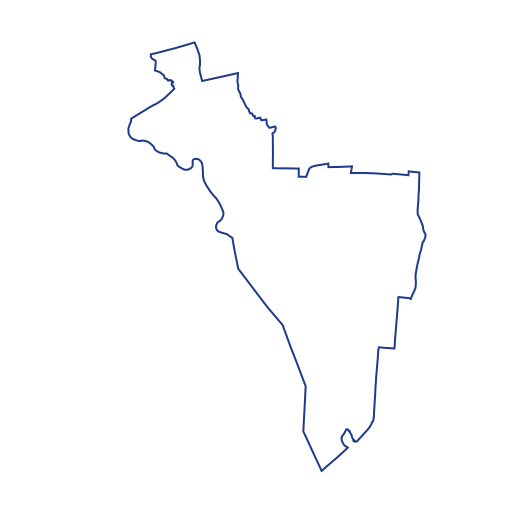 the district of Itesti, Bacau, Romania, rotated 18°
{"feature_id": "2599482B64151983327745", "entity_name": "Itesti", "entity_type": "district", "adm_level": 2, "iso_a3": "ROU", "parent_name": "Romania", "parent_adm1": "Bacau", "projection": "albers", "projection_center": [26.861, 46.655], "detail": "fine", "context": "isolated", "style": "outline", "palette": "blue", "viewbox_px": 512, "rotation_deg": 18, "n_neighbors": 0, "source": "geoboundaries", "source_scale": "gbopen_adm2", "svg_char_len": 5538}
<svg xmlns="http://www.w3.org/2000/svg" viewBox="0 0 512 512"><g transform="rotate(18 256 256)"><path d="M384.8,440.1L385.3,439.3L386.9,436.6L388.9,433.2L389.2,432.8L392.3,427.6L395.1,423.1L396.7,420.4L397.6,418.7L398.6,417.1L400.0,414.5L401.0,412.7L401.5,411.7L402.5,409.9L401.2,409.4L399.9,409.3L398.8,408.9L397.5,408.0L395.3,405.9L394.3,404.4L393.5,402.4L393.6,400.5L394.4,398.6L395.0,396.1L395.5,392.8L397.4,392.7L398.0,393.5L398.5,393.8L398.9,393.6L399.2,393.6L399.3,394.2L400.3,395.2L401.7,396.2L402.5,397.2L403.0,398.1L403.9,399.3L404.8,400.1L405.7,400.7L406.3,401.0L405.9,401.8L406.6,402.1L407.1,401.2L408.1,401.7L409.3,401.2L409.9,399.8L410.4,398.7L411.2,396.9L412.8,393.4L413.7,391.4L414.6,389.4L415.6,387.2L416.4,385.2L416.9,383.7L417.5,381.2L417.8,378.2L418.3,377.0L418.2,375.4L418.0,373.7L417.5,371.4L416.5,368.0L415.3,363.2L413.6,356.6L412.0,350.3L409.9,342.8L409.0,338.9L408.0,335.3L406.5,328.8L404.8,321.6L403.4,315.5L402.0,310.2L401.4,307.5L401.1,304.9L403.5,304.3L406.3,303.7L408.6,303.1L410.9,302.5L416.3,301.2L415.6,298.4L415.0,295.9L414.6,294.6L413.8,291.4L413.1,288.4L412.1,284.2L410.3,276.7L408.9,270.7L407.5,264.8L406.3,259.8L405.4,256.1L404.5,252.6L404.2,251.0L406.6,250.5L410.3,249.7L413.6,249.0L414.7,248.8L415.2,248.8L416.5,249.0L416.5,247.4L416.7,245.5L416.8,244.0L417.1,242.0L417.3,239.9L417.5,238.1L417.5,237.0L417.2,235.6L416.9,234.2L416.2,231.7L415.6,230.0L414.8,228.2L414.1,226.4L413.7,224.6L413.4,223.4L412.9,220.3L412.7,218.8L412.3,215.9L412.0,212.5L411.8,209.6L411.6,207.0L411.2,204.7L411.1,202.7L411.1,199.0L410.7,195.7L410.4,192.0L410.2,191.4L410.4,190.8L410.9,190.3L411.0,189.0L411.2,186.5L411.3,185.9L410.8,184.3L410.6,183.3L410.4,182.7L409.0,181.7L407.6,180.1L406.7,178.7L406.3,177.9L406.1,177.4L405.8,176.9L405.6,176.2L404.9,175.3L404.3,174.7L403.9,174.0L403.4,173.4L399.2,168.6L397.1,166.7L396.2,164.5L395.4,162.0L394.7,159.0L393.8,155.4L393.4,153.6L392.8,151.1L392.2,149.5L391.7,147.6L391.4,146.3L391.1,145.0L390.3,141.8L388.8,137.0L387.9,133.8L387.5,132.5L386.9,130.8L385.6,126.1L375.1,128.3L376.0,132.1L370.7,133.2L360.6,135.5L359.2,136.8L351.7,138.6L344.9,140.3L338.9,142.0L335.2,143.0L331.6,144.1L325.6,146.1L320.6,147.8L319.6,141.1L317.0,142.1L306.2,146.1L302.9,147.2L297.4,149.1L296.2,145.7L295.0,146.4L290.2,148.9L285.1,151.5L281.3,154.0L280.0,155.9L279.6,157.1L279.3,164.2L279.3,165.2L273.9,166.8L272.1,167.4L269.7,159.6L267.5,160.3L262.1,161.9L249.5,165.9L245.5,167.1L244.9,167.3L242.0,158.3L240.8,154.3L236.5,141.5L234.9,136.6L233.9,134.8L233.8,134.1L235.3,132.5L235.5,130.9L235.3,129.6L235.4,128.2L234.0,126.9L232.5,128.0L230.7,129.0L229.8,129.7L229.0,129.9L228.7,129.9L227.7,129.1L225.9,127.6L225.4,126.9L223.6,123.0L220.9,124.5L219.1,125.3L217.2,123.1L214.8,124.6L213.9,125.1L212.8,125.4L212.0,124.6L211.7,123.4L210.3,123.8L209.0,122.5L208.4,121.8L208.1,121.6L207.6,121.7L207.1,122.0L206.3,122.1L205.4,121.2L204.8,120.5L204.5,120.1L204.1,119.2L203.7,118.9L203.4,118.6L202.4,118.2L201.3,117.6L200.2,116.8L199.1,115.5L197.4,113.8L196.2,112.5L194.7,111.1L193.2,109.8L192.6,109.5L192.3,109.1L191.6,107.5L191.3,107.1L190.9,106.4L190.2,105.7L189.1,104.6L188.4,103.8L187.9,103.4L187.5,103.0L187.2,102.6L186.9,101.2L186.3,98.9L185.3,97.5L184.9,96.7L184.5,95.9L184.1,94.7L183.7,92.9L183.3,91.1L182.9,89.7L182.3,87.6L164.7,98.0L150.7,106.2L149.8,104.8L148.3,102.4L146.9,100.3L145.5,98.1L145.1,96.9L144.7,96.0L144.0,94.5L143.9,93.2L143.7,91.9L143.2,90.0L142.8,88.9L142.4,87.7L141.5,85.4L140.4,83.0L139.8,81.9L138.5,80.3L137.1,78.4L136.3,77.2L135.2,76.0L133.8,74.4L133.1,73.6L132.0,72.4L131.6,71.9L115.4,83.0L107.1,88.3L100.1,92.8L98.8,93.6L97.4,94.5L94.6,96.1L93.7,96.6L93.9,97.3L94.1,98.0L94.4,99.0L95.7,100.1L97.7,100.9L98.9,100.9L100.0,101.3L100.7,102.4L101.1,104.2L101.8,107.0L102.5,110.7L107.7,110.9L112.7,112.7L113.3,113.9L114.0,114.8L114.6,115.2L116.6,115.1L117.8,116.2L118.6,115.7L118.8,115.8L118.8,116.1L119.4,115.9L120.2,115.1L120.9,115.5L121.1,115.2L121.7,115.2L122.6,115.8L123.0,115.8L123.6,116.4L123.4,116.9L122.5,117.6L122.5,117.8L122.9,118.7L122.9,119.2L123.7,119.6L124.0,120.0L124.7,119.7L125.0,120.0L125.5,121.1L126.6,122.2L120.4,133.9L115.8,140.2L113.7,142.5L111.8,144.3L110.9,145.3L108.6,147.7L107.2,149.4L106.5,150.3L103.9,153.3L94.8,164.0L95.3,165.6L95.6,167.3L95.4,168.4L95.2,169.9L95.3,171.9L95.2,174.1L95.4,174.9L95.9,175.7L96.1,176.4L96.2,177.1L97.2,179.1L98.4,180.5L100.1,181.8L102.4,182.7L106.0,183.0L107.5,182.9L109.0,182.9L110.1,182.6L111.1,181.8L112.5,181.3L115.1,180.8L117.9,180.8L120.6,181.6L123.6,182.9L125.2,183.9L126.4,185.5L127.4,186.2L128.8,186.7L130.5,187.2L132.0,187.4L134.0,187.3L136.8,187.0L139.5,186.1L142.4,187.1L146.4,188.3L148.4,189.3L149.7,190.2L150.9,191.2L152.2,192.6L153.3,194.1L155.3,194.9L158.3,195.6L161.1,196.0L163.6,195.4L165.7,194.0L167.1,192.3L167.8,190.7L167.7,188.9L167.3,187.8L166.7,186.4L166.4,185.3L166.5,184.1L167.3,182.8L169.0,182.1L171.0,181.8L172.6,182.1L174.5,183.2L176.1,184.7L177.0,186.4L177.9,188.3L179.8,193.1L180.7,196.0L182.9,200.0L183.8,201.1L186.9,204.1L191.8,208.2L196.5,211.3L201.1,213.9L205.8,218.0L209.2,221.7L211.5,224.6L212.3,227.2L212.0,231.2L211.0,233.4L209.0,236.2L208.8,237.8L208.7,239.4L209.3,241.6L211.0,243.6L212.1,244.0L213.2,244.4L216.0,244.4L216.8,244.4L221.5,244.2L225.4,245.4L227.9,246.1L233.3,256.3L234.6,258.6L243.1,273.7L245.5,275.3L273.8,295.0L283.4,301.6L302.6,313.4L316.9,331.6L319.0,334.2L322.9,338.9L343.5,364.5L348.2,381.9L352.7,398.9L355.2,408.2L360.4,413.7L370.6,424.8L376.1,430.8L377.0,431.7L380.2,435.1L384.5,439.8L384.8,440.1Z" fill="none" stroke="#1e3a8a" stroke-width="2"/></g></svg>